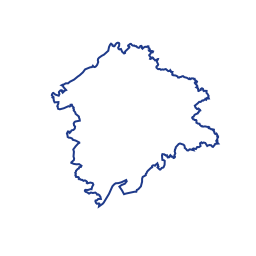 outline of Vavatenina, Analanjirofo, Madagascar, rotated 218°
{"feature_id": "10022922B54073545298219", "entity_name": "Vavatenina", "entity_type": "district", "adm_level": 2, "iso_a3": "MDG", "parent_name": "Madagascar", "parent_adm1": "Analanjirofo", "projection": "albers", "projection_center": [49.007, -17.472], "detail": "fine", "context": "isolated", "style": "outline", "palette": "blue", "viewbox_px": 256, "rotation_deg": 218, "n_neighbors": 0, "source": "geoboundaries", "source_scale": "gbopen_adm2", "svg_char_len": 5848}
<svg xmlns="http://www.w3.org/2000/svg" viewBox="0 0 256 256"><g transform="rotate(218 128 128)"><path d="M197.9,147.8L197.8,144.1L198.6,139.6L199.2,137.8L200.3,132.9L202.2,128.8L202.8,126.2L204.6,124.8L205.4,122.7L206.0,122.1L206.6,120.8L205.1,121.1L204.1,120.5L200.1,119.8L200.2,119.6L200.8,118.7L201.2,115.6L203.3,116.3L203.2,116.9L204.0,116.6L204.4,115.9L204.6,113.9L204.3,113.4L202.9,112.5L202.5,110.8L205.8,109.6L208.4,109.7L208.7,109.3L208.6,107.7L208.1,106.8L205.9,106.5L206.1,105.6L205.1,105.7L203.3,103.9L201.6,103.0L198.8,105.6L197.9,104.3L197.2,101.7L196.6,101.7L195.9,100.8L194.8,100.1L193.2,100.8L190.7,104.1L188.4,108.5L187.1,109.0L187.0,110.0L187.6,110.9L186.7,111.8L186.1,111.6L185.5,110.9L183.4,110.7L183.1,109.7L182.1,109.5L181.6,108.4L179.3,107.9L178.0,106.9L173.8,106.8L173.2,106.1L171.6,105.2L170.5,104.1L173.5,100.7L173.8,99.7L173.6,98.2L172.1,96.8L170.6,96.6L169.6,94.8L169.8,92.9L171.0,91.4L170.8,88.8L171.1,88.0L172.4,88.8L173.2,88.3L172.8,86.1L171.2,85.0L170.0,83.8L168.8,83.9L167.2,84.9L165.3,85.3L164.3,84.7L161.7,85.8L157.5,86.6L157.2,86.3L157.7,85.1L158.0,81.4L157.9,77.4L156.0,76.0L153.4,72.0L151.7,70.8L150.9,69.4L151.5,66.0L151.2,65.6L148.5,66.4L146.2,67.7L144.3,69.4L141.4,69.6L141.1,68.4L142.3,67.1L141.8,65.8L142.4,64.8L142.6,62.2L142.1,61.5L142.0,60.2L140.9,59.8L140.7,59.0L140.2,58.7L140.1,58.1L139.2,58.0L138.8,57.5L136.8,58.8L136.1,58.6L135.5,57.5L135.0,57.5L134.1,58.3L132.9,58.3L132.1,59.0L130.6,58.9L129.7,60.2L128.1,60.5L127.2,60.4L126.7,59.3L126.0,59.3L124.1,61.8L121.9,62.8L120.4,62.0L120.1,59.8L119.1,57.4L119.5,57.3L121.4,54.5L123.5,53.0L123.6,52.5L123.3,51.9L122.2,51.6L120.4,52.2L118.3,52.3L117.5,54.3L115.7,55.1L114.0,57.0L112.4,57.0L111.2,56.5L110.5,57.4L108.9,57.4L108.5,57.0L107.5,56.9L105.7,55.4L107.8,53.8L107.9,52.0L108.9,50.9L108.6,50.2L107.1,49.3L105.8,49.2L104.5,50.7L103.9,50.7L102.6,48.3L101.3,52.6L101.2,54.3L102.4,64.3L104.4,72.5L104.2,75.0L103.7,76.8L101.6,78.7L99.7,81.3L97.4,85.9L96.2,85.2L96.2,82.1L98.0,79.0L98.7,76.5L94.5,75.2L90.4,73.4L89.3,75.0L83.7,81.7L82.2,82.9L82.9,84.6L82.2,86.1L81.9,89.9L83.8,94.3L85.7,96.8L86.3,98.5L84.9,101.7L85.4,102.2L85.7,102.9L85.5,103.5L86.0,105.1L86.0,106.5L85.4,110.5L84.8,111.9L85.4,112.3L85.6,113.0L85.3,113.9L84.5,114.7L83.7,114.8L83.3,115.2L83.5,116.3L83.1,118.2L82.6,117.8L81.5,117.4L81.1,116.6L80.3,116.4L80.4,115.1L77.4,114.8L76.9,115.2L76.8,117.4L76.0,118.3L75.8,118.9L76.5,121.5L78.8,124.7L79.9,124.7L81.3,124.0L84.4,127.4L84.8,128.6L83.1,129.6L82.6,129.4L81.9,129.8L81.1,129.6L80.6,130.3L80.3,129.9L79.2,130.1L78.8,129.3L78.4,129.3L78.3,129.7L77.5,130.4L77.7,131.8L77.3,131.9L77.9,132.3L77.9,132.7L76.7,132.5L74.6,132.8L73.7,132.4L73.2,133.0L73.1,133.8L73.3,134.3L74.7,135.0L75.0,137.0L76.9,138.4L77.3,139.5L77.8,140.0L77.8,141.1L78.5,142.2L78.2,146.6L77.5,147.8L74.1,149.0L72.8,148.9L71.3,147.7L71.0,147.2L69.3,147.2L67.7,146.8L66.8,147.2L66.5,147.9L66.4,149.0L66.1,149.3L62.8,150.8L64.1,151.3L63.9,152.1L61.5,153.3L61.8,155.6L60.3,156.6L59.7,158.4L61.8,160.3L61.3,161.9L60.1,161.8L59.5,163.1L57.9,163.8L54.5,162.6L54.2,163.5L53.2,164.9L52.7,165.0L51.9,165.6L50.1,165.2L49.4,165.4L49.3,168.1L49.6,168.7L49.2,169.5L47.3,171.3L48.6,171.6L49.1,171.3L50.5,172.2L50.3,172.8L49.9,173.1L50.8,173.6L50.8,174.4L51.5,175.4L51.3,176.1L51.9,176.9L52.7,176.5L53.7,177.7L55.0,178.1L55.5,177.0L57.1,177.4L57.6,178.1L58.5,178.4L59.3,179.6L59.8,179.4L60.0,178.7L60.8,178.9L61.6,178.2L62.4,178.3L64.2,177.6L64.6,178.6L65.1,178.6L66.0,177.8L68.3,176.7L69.8,175.2L70.8,175.1L71.1,174.6L73.1,174.7L74.3,175.4L75.4,174.6L77.4,174.3L78.6,176.0L79.3,176.2L80.4,175.3L81.4,175.4L81.9,175.0L83.7,175.5L83.9,176.4L83.3,177.3L83.6,179.2L83.3,180.2L82.0,182.5L82.3,183.1L82.0,183.9L82.5,184.9L81.8,186.3L82.3,186.6L84.5,186.7L84.9,185.7L85.3,185.4L86.6,185.7L87.2,185.6L89.1,186.7L88.2,190.5L88.0,192.4L86.8,193.3L86.4,195.5L85.6,195.9L85.1,197.5L84.7,197.8L84.9,198.4L84.1,198.5L84.7,199.2L84.3,200.2L83.4,200.1L82.4,201.0L83.9,201.9L84.2,202.9L86.4,203.8L87.8,204.0L88.9,205.6L90.5,204.5L90.9,203.8L91.7,203.9L93.1,205.0L94.2,204.8L94.6,203.7L94.1,202.8L94.6,202.1L95.1,200.6L95.3,200.5L96.6,201.6L97.1,202.4L99.2,202.1L98.9,203.4L99.1,203.7L100.5,204.2L101.6,204.2L103.2,204.7L103.3,205.3L101.9,206.1L102.2,207.1L105.1,207.1L105.7,207.7L106.2,207.2L106.8,207.4L108.4,206.3L108.7,205.1L109.8,205.1L109.7,204.4L109.9,204.1L112.6,203.8L115.0,202.7L116.4,202.8L117.1,202.2L117.6,201.0L118.4,200.2L118.6,199.4L119.6,198.6L120.7,199.1L122.8,198.7L125.0,197.3L125.9,197.2L126.1,197.4L126.2,198.0L127.2,198.6L127.5,199.5L128.6,198.7L129.6,199.4L130.3,199.6L130.2,198.7L131.3,197.6L134.5,197.7L136.0,195.8L136.9,195.4L138.0,194.1L139.3,194.1L140.4,193.0L141.0,192.9L142.8,193.1L143.3,193.7L143.4,194.4L143.0,195.6L143.3,196.6L146.7,198.4L146.6,200.3L146.8,200.8L147.1,200.5L147.6,198.8L148.3,198.0L149.1,198.3L150.3,198.1L151.3,198.7L152.0,198.7L152.7,196.3L153.2,196.1L153.7,197.8L155.9,198.2L156.2,198.6L156.0,200.1L156.3,201.8L155.1,202.8L155.4,203.8L156.7,203.4L158.0,201.9L159.0,201.8L159.4,202.0L158.9,202.6L159.1,203.3L160.2,203.9L161.3,203.8L162.2,204.9L162.9,204.4L163.3,203.3L164.5,202.6L165.3,200.7L165.4,199.4L166.2,199.5L167.4,200.8L168.1,200.9L168.7,200.3L168.5,198.4L168.9,197.8L170.4,197.3L171.8,197.6L172.7,196.9L173.8,196.9L174.6,196.0L176.2,195.8L177.4,196.1L178.0,195.7L178.7,193.1L178.1,192.6L176.9,192.8L176.5,192.2L177.3,187.0L177.3,186.3L176.5,185.3L177.0,184.3L179.6,184.5L182.2,185.9L183.2,184.6L184.3,184.6L185.2,185.2L185.5,187.1L186.8,189.1L187.5,189.4L188.5,189.0L189.2,187.8L189.3,186.1L189.0,184.4L189.3,183.7L190.7,183.3L191.1,183.4L191.4,184.0L193.3,184.0L193.4,182.6L192.8,180.1L191.1,176.7L192.1,171.0L193.1,168.8L194.1,165.5L194.1,163.9L193.3,162.6L192.1,161.7L191.2,158.8L191.2,157.0L191.4,156.1L191.9,155.4L192.7,155.1L194.0,155.4L193.9,153.8L195.2,152.5L197.9,147.8Z" fill="none" stroke="#1e3a8a" stroke-width="2"/></g></svg>